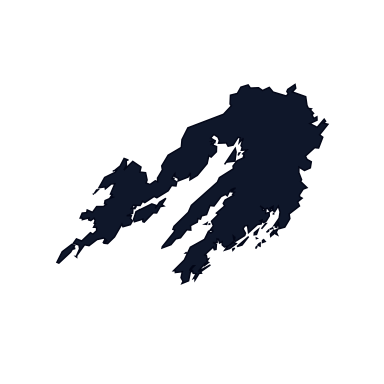 outline of Bantry-West Cork Lea-4, Cork, Ireland, rotated 342°
{"feature_id": "5873133B32019280992122", "entity_name": "Bantry-West Cork Lea-4", "entity_type": "district", "adm_level": 2, "iso_a3": "IRL", "parent_name": "Ireland", "parent_adm1": "Cork", "projection": "albers", "projection_center": [-9.717, 51.642], "detail": "fine", "context": "isolated", "style": "filled", "palette": "ink", "viewbox_px": 384, "rotation_deg": 342, "n_neighbors": 0, "source": "geoboundaries", "source_scale": "gbopen_adm2", "svg_char_len": 6145}
<svg xmlns="http://www.w3.org/2000/svg" viewBox="0 0 384 384"><g transform="rotate(342 192 192)"><path d="M323.2,121.6L314.8,124.0L313.3,125.7L313.9,128.5L311.3,129.8L300.0,122.0L297.8,116.4L290.5,117.3L287.5,113.4L279.6,111.2L278.5,107.5L270.9,107.4L265.6,112.3L258.5,111.8L255.4,120.1L256.1,122.2L246.0,127.8L207.9,129.7L198.7,139.0L195.6,146.3L180.7,149.6L171.3,157.8L170.7,161.8L163.5,168.1L162.5,171.7L160.5,170.0L154.4,171.9L151.1,169.3L153.0,166.7L153.8,159.3L148.5,156.9L151.2,152.5L145.1,144.6L133.9,150.2L137.9,146.3L139.3,141.4L141.4,142.0L137.8,139.1L131.7,145.1L125.1,147.6L127.0,148.0L125.1,149.5L113.4,151.2L104.8,159.2L110.9,160.2L110.6,162.2L117.7,159.4L121.2,160.3L113.8,168.8L115.4,169.8L113.1,171.6L114.7,171.8L114.9,172.2L114.8,172.4L115.0,172.5L106.7,173.3L105.2,176.1L106.6,177.3L103.4,178.5L96.8,176.4L91.1,180.6L86.8,176.7L85.4,179.1L81.1,178.1L77.6,182.2L79.7,183.0L79.2,184.4L86.1,184.8L85.1,186.6L86.9,187.9L90.7,186.6L91.1,189.1L89.3,191.6L90.4,192.3L87.5,195.1L90.3,196.1L89.4,199.3L84.7,201.5L82.8,199.3L72.0,204.5L67.6,200.9L63.3,204.1L68.1,207.5L67.5,211.4L62.3,217.2L73.5,209.0L77.5,211.2L86.9,207.9L93.9,208.5L94.8,209.8L91.6,213.1L96.7,211.2L93.1,213.8L95.8,215.0L104.4,210.8L115.4,200.9L115.6,203.7L123.3,204.0L126.4,201.1L125.2,198.2L127.0,195.8L122.5,194.4L128.9,193.9L130.8,189.1L129.2,188.9L132.1,186.4L138.5,188.8L142.1,185.6L143.8,187.5L154.6,184.5L156.8,186.6L169.7,183.5L174.6,179.5L178.6,181.3L180.6,177.8L178.1,174.6L179.0,173.5L178.3,173.2L177.6,173.4L177.1,173.3L177.0,173.2L178.4,171.5L179.0,171.3L179.9,170.2L181.3,169.3L180.4,172.0L183.3,174.9L182.2,177.2L192.9,176.6L196.5,173.1L193.8,179.8L202.2,177.8L215.1,169.7L219.3,162.5L221.0,164.7L227.6,161.3L229.4,156.4L226.4,153.9L227.4,152.2L225.1,152.4L226.9,150.3L226.0,149.9L228.9,149.4L226.4,146.4L230.6,144.0L233.7,147.9L233.9,151.7L232.3,153.8L239.8,155.9L240.5,159.6L245.6,160.1L252.7,154.2L254.7,155.3L252.2,159.6L257.5,156.6L252.9,163.1L253.6,165.0L251.8,167.6L257.3,168.9L252.0,171.4L253.1,172.5L251.6,174.7L253.1,175.2L244.6,176.2L239.0,180.0L238.6,182.7L222.5,186.8L219.2,190.5L187.3,204.5L182.2,210.2L164.3,219.1L162.3,221.6L164.0,222.7L162.5,224.6L146.9,234.8L146.2,236.0L155.7,235.6L162.1,231.6L166.9,232.0L175.4,226.3L179.1,227.9L180.2,223.5L187.7,222.3L189.4,219.1L191.7,220.4L193.7,217.7L198.8,218.0L204.9,210.4L208.6,212.1L218.2,205.3L223.1,204.6L224.4,206.5L228.0,202.7L231.6,201.5L234.7,201.7L229.3,203.9L232.4,205.4L229.9,206.8L230.6,208.0L221.0,209.9L218.2,212.5L218.8,215.4L208.7,219.6L210.2,221.5L201.5,225.8L201.9,230.9L197.2,234.1L199.9,234.5L199.7,235.9L197.2,236.8L195.5,234.5L189.3,240.9L173.4,244.0L163.7,254.3L150.1,261.2L151.9,261.8L151.3,263.4L158.2,264.8L155.1,270.1L155.9,274.1L154.2,275.9L161.3,275.4L165.6,267.7L167.8,267.4L166.1,266.2L166.1,265.0L169.9,262.4L171.5,262.9L166.3,265.9L168.0,266.8L168.0,269.7L170.8,270.9L166.9,274.5L168.4,274.2L167.7,276.6L173.6,271.6L175.9,272.1L175.6,270.5L187.0,267.0L173.2,269.5L183.3,263.3L181.7,265.6L186.0,264.1L184.6,262.7L187.0,260.7L185.5,260.8L186.1,256.7L185.9,256.4L185.0,256.2L184.5,255.9L184.5,255.7L195.3,250.8L195.4,253.8L197.1,254.0L199.0,249.4L196.1,246.5L200.3,247.8L201.4,244.3L202.6,245.1L202.4,249.0L205.3,248.5L204.4,251.7L206.0,254.4L209.3,254.5L205.3,257.4L210.2,257.4L218.2,254.8L216.1,252.7L211.1,254.2L216.8,251.6L217.7,246.5L218.8,248.3L217.1,251.6L218.2,252.3L228.7,249.7L230.1,247.8L229.2,242.7L231.7,240.6L234.5,241.0L233.2,248.1L244.1,243.2L247.9,243.7L248.9,241.8L247.7,240.4L250.1,240.2L249.4,241.8L250.8,243.3L253.4,242.7L258.1,238.7L259.0,235.3L255.4,235.1L256.7,232.1L253.3,231.3L254.0,229.1L252.5,226.2L255.8,230.7L258.7,230.7L260.4,234.8L261.7,234.3L261.3,231.3L264.7,230.7L263.0,234.3L264.5,236.3L269.7,232.0L269.6,238.2L266.8,243.8L259.9,249.1L261.3,249.0L260.4,251.0L261.6,251.9L265.0,246.9L263.5,253.8L269.4,254.1L276.8,247.6L277.6,242.9L289.9,238.5L289.4,234.0L294.8,231.9L292.8,229.7L293.4,227.8L298.6,223.6L302.7,223.4L298.5,215.5L300.0,214.2L299.6,206.4L301.4,201.3L305.6,206.3L312.0,205.6L314.8,200.1L311.5,196.6L310.9,192.9L322.4,187.7L326.0,189.3L333.3,180.3L331.0,177.0L342.2,169.6L338.3,167.1L340.9,166.0L340.2,163.6L331.0,169.2L325.2,163.3L333.1,162.3L334.0,159.1L330.5,159.7L330.0,155.6L331.9,154.8L329.9,150.5L331.2,149.8L328.5,148.4L328.1,145.0L329.6,136.5L318.3,127.8L322.7,125.4L323.2,121.6ZM150.1,190.9L132.7,193.4L128.0,199.9L128.0,202.5L136.9,202.6L136.1,205.0L137.2,205.9L148.7,199.8L151.9,201.0L157.3,196.1L160.9,196.6L159.4,194.6L165.2,189.9L157.9,191.7L152.0,196.4L153.8,193.7L150.1,190.9ZM61.5,204.7L50.1,208.7L41.8,217.1L43.4,218.5L57.9,211.7L63.8,206.7L61.5,204.7ZM242.4,175.9L246.3,167.6L246.6,163.9L231.5,175.8L233.8,174.2L242.4,175.9ZM257.8,254.3L256.6,256.6L256.1,254.7L253.6,256.4L253.2,258.5L257.5,256.6L260.0,259.2L259.7,256.2L262.0,253.9L257.8,254.3ZM232.1,251.9L218.0,257.8L223.2,257.9L232.1,251.9ZM252.3,244.7L246.7,248.5L252.8,244.9L252.3,244.7ZM240.2,252.3L243.5,248.1L238.7,250.0L237.9,251.9L240.2,252.3ZM101.9,160.6L98.6,163.3L103.3,160.9L101.9,160.6ZM246.3,261.7L245.4,259.5L244.1,259.9L243.4,261.8L246.3,261.7ZM238.2,262.8L240.0,264.5L241.0,261.6L239.9,261.8L238.2,262.8ZM235.1,265.5L237.3,263.7L236.1,264.1L235.1,265.5ZM131.5,189.7L132.5,190.2L134.2,188.8L133.6,188.2L131.5,189.7ZM257.5,251.0L254.3,251.5L257.6,251.5L257.5,251.0ZM228.8,152.1L230.3,150.0L228.2,151.2L228.8,152.1ZM253.6,251.5L251.8,252.7L250.4,253.3L252.6,252.9L253.6,251.5ZM215.3,258.5L213.0,258.9L212.9,260.0L215.3,258.5ZM194.4,226.6L195.9,227.3L196.7,226.1L195.5,226.5L194.4,226.6ZM248.8,169.5L247.2,171.5L249.4,169.6L248.8,169.5ZM199.5,228.0L198.9,227.7L197.6,228.0L199.5,228.0ZM263.3,231.6L262.3,232.1L263.6,232.7L263.3,231.6ZM262.9,238.1L263.2,236.9L262.6,238.0L262.9,238.1ZM61.6,217.4L62.2,218.3L62.4,217.7L61.6,217.4ZM62.9,209.6L63.1,208.4L62.3,209.6L62.9,209.6ZM257.5,253.9L258.5,253.2L257.1,253.9L257.5,253.9ZM239.5,256.2L239.0,255.7L238.9,256.2L239.5,256.2ZM167.3,248.2L168.3,247.6L167.0,248.1L167.3,248.2ZM97.4,163.5L98.1,163.2L96.9,163.7L97.4,163.5ZM136.8,192.5L136.0,192.7L137.1,192.5L136.8,192.5ZM123.7,147.7L123.4,148.0L124.5,147.5L123.7,147.7Z" fill="#0f172a" stroke="#020617" stroke-width="1.5"/></g></svg>